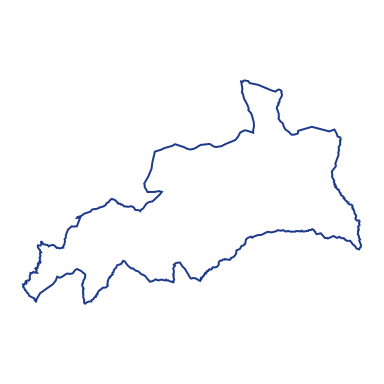 outline of Senga Hill, Northern, Zambia
{"feature_id": "96606910B60229531220552", "entity_name": "Senga Hill", "entity_type": "district", "adm_level": 2, "iso_a3": "ZMB", "parent_name": "Zambia", "parent_adm1": "Northern", "projection": "robinson", "projection_center": [31.64, -9.277], "detail": "fine", "context": "isolated", "style": "outline", "palette": "blue", "viewbox_px": 384, "rotation_deg": 0, "n_neighbors": 0, "source": "geoboundaries", "source_scale": "gbopen_adm2", "svg_char_len": 5966}
<svg xmlns="http://www.w3.org/2000/svg" viewBox="0 0 384 384"><path d="M84.4,303.3L85.5,303.6L85.9,302.9L88.9,301.5L91.4,301.4L91.8,299.9L93.3,299.2L94.2,297.6L96.0,296.7L96.3,295.9L95.9,295.7L97.0,294.0L97.5,294.1L97.8,292.3L99.9,289.8L101.0,289.5L102.6,287.8L105.8,287.5L107.6,286.1L107.8,285.0L107.3,284.5L108.0,280.3L109.3,277.7L109.9,277.5L109.8,276.8L110.7,276.5L111.2,275.5L112.7,274.4L112.3,274.0L112.5,272.8L113.8,271.7L113.6,270.9L114.4,269.3L116.1,267.8L117.0,265.4L121.2,263.9L123.1,260.9L124.5,261.2L128.1,265.9L131.4,268.5L133.0,268.4L135.3,270.4L138.5,271.5L141.5,274.4L143.0,274.7L145.6,276.4L147.9,279.6L149.2,280.5L149.7,281.7L152.6,281.2L155.1,279.6L156.4,279.4L156.9,280.0L158.6,280.4L161.1,279.6L164.5,280.3L165.7,280.3L166.1,279.7L166.8,280.5L168.1,280.3L169.9,281.4L172.2,281.7L172.6,282.3L173.5,282.2L173.5,280.9L174.2,279.6L173.5,277.2L173.7,275.8L173.4,275.6L173.3,274.1L173.7,273.9L173.9,271.1L173.2,268.2L175.0,265.7L173.8,264.8L175.9,263.0L179.3,262.5L180.1,262.7L182.5,266.5L184.8,268.7L190.5,278.2L191.3,278.6L192.4,278.1L195.3,278.2L200.1,281.0L201.1,279.6L200.7,279.0L200.9,278.0L201.8,278.2L202.1,277.2L203.4,276.4L203.3,275.7L204.5,274.7L204.6,274.0L205.4,273.7L205.2,273.3L206.1,272.9L205.8,272.5L207.1,271.7L207.1,271.1L208.3,270.9L208.6,270.0L209.3,269.3L209.9,269.7L211.7,269.3L212.3,267.6L213.1,267.2L214.6,267.5L217.0,266.8L218.6,265.0L218.8,262.2L220.0,260.7L221.7,260.6L223.0,259.5L224.7,259.6L224.9,259.1L229.5,259.9L230.7,259.0L230.9,258.0L232.9,257.3L234.5,256.1L236.1,253.6L236.4,250.5L240.0,248.8L241.5,246.0L243.6,245.4L244.4,244.2L245.1,244.0L246.0,239.4L248.0,237.8L251.0,236.6L252.2,237.7L253.7,236.6L258.2,235.0L261.4,234.9L267.6,231.8L271.7,232.4L276.5,231.1L277.6,230.2L281.2,230.7L283.2,230.1L285.0,231.3L286.7,231.5L287.7,230.9L290.7,231.7L295.1,231.7L296.1,231.0L298.8,231.3L299.6,231.0L300.5,231.5L301.9,230.7L302.8,231.5L305.2,231.4L307.0,230.8L308.2,231.0L308.9,230.1L311.3,229.9L312.2,229.1L313.9,230.1L314.4,231.3L315.1,231.6L315.9,233.5L316.8,234.2L320.8,233.3L324.9,238.0L326.8,237.9L327.8,238.5L333.5,236.0L337.0,237.9L339.3,236.8L341.4,238.2L343.7,238.2L344.5,238.7L344.6,239.4L346.9,240.8L350.2,240.8L353.1,244.7L354.8,245.8L356.6,248.6L359.2,249.4L359.9,247.7L360.8,247.0L361.0,244.9L359.2,240.7L360.1,239.3L359.2,238.4L358.7,235.6L357.8,234.3L358.1,232.1L357.9,231.4L358.8,230.1L358.3,229.7L358.6,228.1L358.2,227.9L358.2,226.6L358.6,225.7L359.5,225.3L358.9,222.8L359.5,222.0L359.5,221.0L359.0,220.4L357.1,220.6L355.7,219.5L355.4,218.2L356.0,217.2L356.1,215.4L354.5,213.4L354.5,211.9L353.3,208.9L352.8,209.1L352.5,208.6L352.8,207.9L352.2,207.2L352.6,206.1L352.3,205.4L351.1,204.6L349.4,204.4L348.2,203.4L348.4,202.6L347.6,202.6L346.9,201.3L345.8,200.7L344.5,199.1L344.5,198.2L343.5,198.2L343.5,196.8L340.7,194.8L340.7,193.2L339.6,192.3L338.7,189.7L337.6,189.6L336.9,188.3L335.3,187.3L335.3,186.4L335.8,186.2L335.1,185.5L335.4,184.9L334.7,183.8L334.4,184.1L334.2,182.3L333.8,182.1L334.2,180.7L332.3,177.4L332.0,176.1L332.4,175.1L331.8,172.0L332.0,171.2L335.7,166.5L335.8,164.6L335.3,163.7L338.5,155.0L338.6,153.6L338.2,152.7L339.0,150.3L338.7,147.0L340.3,144.4L340.0,142.8L340.4,141.2L339.9,140.5L340.7,139.6L340.3,137.5L337.6,136.5L336.5,133.3L334.4,129.5L329.3,131.4L311.8,126.8L298.2,130.8L297.8,133.5L294.0,134.7L291.4,134.6L288.5,131.6L285.5,129.6L283.9,126.9L282.7,123.2L280.4,121.4L278.5,118.6L278.9,116.8L278.6,113.3L276.7,108.1L277.3,106.1L278.4,105.0L278.2,103.8L278.6,103.6L278.6,102.6L279.4,102.2L279.6,99.9L281.7,96.2L282.0,94.9L281.3,92.3L281.7,91.6L280.7,90.2L278.9,89.5L277.1,90.2L275.6,91.6L272.2,90.7L258.3,84.9L249.7,83.1L248.4,81.2L244.6,80.4L243.4,80.8L242.6,81.9L241.1,81.5L242.4,88.4L241.9,92.6L243.0,94.1L243.9,98.3L247.4,104.9L248.7,108.4L248.4,110.3L250.8,112.9L251.9,115.2L253.7,122.1L254.0,126.1L253.1,130.7L253.2,132.7L246.0,130.4L244.4,130.4L240.2,132.5L238.0,136.8L235.2,140.1L225.6,144.0L221.4,146.2L216.2,147.0L214.9,146.8L213.4,146.4L210.5,144.3L209.1,144.0L200.7,144.9L194.4,148.6L190.6,149.5L187.8,149.0L183.6,147.0L175.0,144.2L172.2,145.9L164.6,148.0L161.1,149.7L154.9,151.6L152.4,162.3L151.5,168.8L148.3,176.5L144.2,183.6L144.8,185.5L144.6,187.0L147.6,192.0L154.8,191.9L159.0,191.1L161.8,191.9L159.7,194.6L152.5,201.4L149.0,202.0L146.2,203.9L143.2,208.4L140.5,210.2L140.3,211.1L139.1,210.3L135.3,209.9L133.8,207.5L131.3,206.2L128.1,206.8L123.8,206.2L122.0,204.5L120.8,204.5L120.4,203.9L119.2,203.5L118.9,203.8L117.6,203.2L117.3,202.1L114.4,199.7L111.6,198.9L109.7,200.5L108.8,202.0L106.7,203.1L105.6,205.1L104.0,206.1L101.3,207.2L99.6,207.3L98.9,208.1L96.5,208.9L92.9,209.3L91.6,210.0L90.5,211.6L84.2,213.7L81.1,216.0L77.3,217.2L76.9,217.9L80.2,217.6L76.9,226.3L73.6,226.6L71.7,226.3L68.0,229.6L65.9,235.0L65.7,237.9L64.6,239.2L65.0,241.4L64.2,244.8L63.0,246.3L63.4,247.6L59.4,248.4L57.5,247.6L56.7,248.0L54.8,245.8L53.0,244.9L49.5,245.7L48.8,246.4L47.4,245.0L43.7,244.3L41.5,241.7L41.0,242.0L41.4,244.4L40.5,245.6L38.0,245.3L37.7,246.7L38.9,249.0L40.1,250.1L40.1,250.9L41.0,252.2L40.4,252.2L40.0,253.1L40.4,256.4L39.5,257.7L40.1,258.9L39.6,261.0L40.6,262.0L40.0,262.9L38.7,262.7L38.1,263.3L38.5,264.6L38.0,264.6L38.3,265.4L37.6,266.3L37.6,268.0L36.6,268.4L36.0,267.9L35.4,268.6L36.7,270.2L36.1,271.6L37.0,272.7L34.2,272.5L33.5,271.8L31.9,273.2L30.5,272.9L30.3,274.9L29.7,275.8L29.9,279.4L28.6,280.7L27.8,280.4L25.8,281.1L25.5,282.1L26.6,282.9L26.2,283.6L25.1,283.2L24.5,284.2L23.2,284.4L23.8,285.2L23.0,286.1L23.1,286.7L24.6,288.6L24.8,289.9L25.8,290.5L27.2,292.8L28.3,293.6L29.3,295.9L34.1,298.3L34.6,298.9L34.6,300.2L35.9,301.2L35.9,302.4L36.7,299.0L40.2,293.1L52.9,284.2L55.7,280.7L57.2,276.7L59.7,277.7L61.7,277.0L66.3,273.9L67.8,273.5L69.5,274.0L72.8,273.3L75.0,270.1L77.2,269.0L81.7,271.3L83.2,273.0L84.6,273.6L85.3,275.3L84.9,278.0L83.4,280.6L82.9,283.4L82.2,283.9L82.3,285.9L83.2,287.7L83.1,288.7L83.6,289.0L82.9,290.6L83.3,292.1L82.8,293.3L83.4,294.7L83.2,297.3L84.3,300.2L84.0,301.2L84.4,303.3Z" fill="none" stroke="#1e3a8a" stroke-width="2"/></svg>